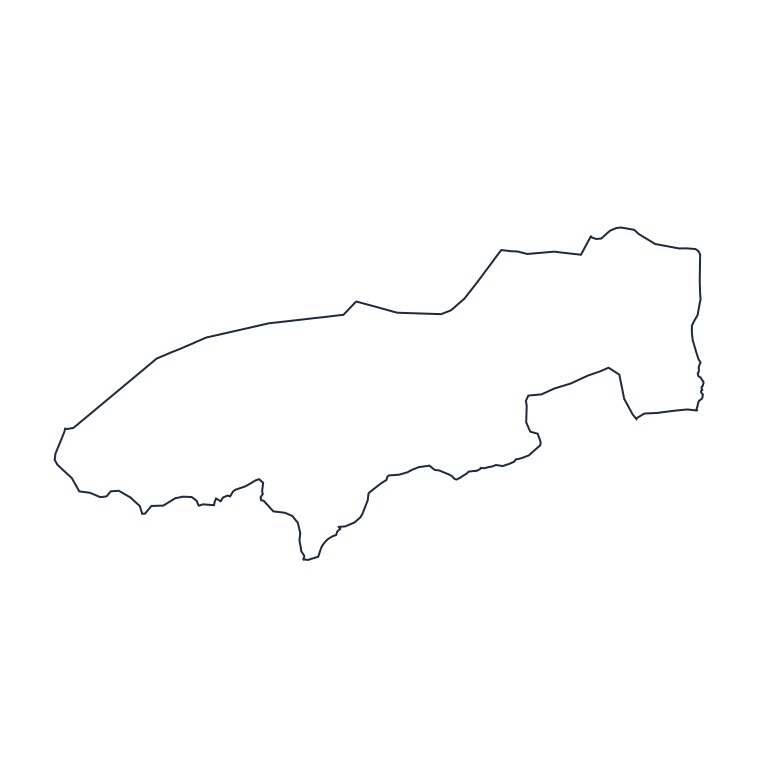 Maqbanah, Ta`izz, Yemen (Natural Earth projection), rotated 97°
{"feature_id": "15242507B87636717080649", "entity_name": "Maqbanah", "entity_type": "district", "adm_level": 2, "iso_a3": "YEM", "parent_name": "Yemen", "parent_adm1": "Ta`izz", "projection": "natural_earth1", "projection_center": [43.703, 13.621], "detail": "fine", "context": "isolated", "style": "outline", "palette": "slate", "viewbox_px": 768, "rotation_deg": 97, "n_neighbors": 0, "source": "geoboundaries", "source_scale": "gbopen_adm2", "svg_char_len": 5481}
<svg xmlns="http://www.w3.org/2000/svg" viewBox="0 0 768 768"><g transform="rotate(97 384 384)"><path d="M372.0,70.1L370.5,70.7L369.4,70.5L368.5,70.2L367.3,70.1L366.2,70.1L364.3,69.8L363.1,69.6L362.3,69.2L361.3,68.1L360.5,67.5L359.8,66.7L359.1,66.4L358.0,66.3L356.6,66.2L355.7,66.2L355.1,66.7L354.5,67.6L353.6,68.2L352.9,68.2L352.3,68.4L352.0,68.4L351.7,68.1L351.2,67.4L350.3,67.7L349.6,68.2L348.9,68.4L348.2,68.3L347.5,67.6L346.9,67.4L346.0,67.4L345.1,67.2L344.6,67.0L343.8,67.1L343.0,67.2L342.4,67.4L342.0,68.1L341.3,68.6L340.4,69.5L339.1,70.4L338.7,71.3L338.3,72.2L337.9,72.9L336.4,73.6L335.2,73.8L334.7,73.8L334.2,73.2L333.4,73.1L332.0,73.1L330.8,73.3L329.5,73.6L328.4,73.6L327.1,73.3L325.9,73.0L325.0,72.6L324.1,72.5L320.8,75.0L313.0,78.6L311.9,79.0L302.7,83.0L302.1,83.1L299.7,83.7L295.5,84.7L289.7,85.4L288.6,85.5L284.1,84.0L279.3,82.0L277.1,81.1L267.3,80.6L261.5,80.1L255.5,81.3L242.4,83.3L216.9,86.0L213.8,88.1L212.1,91.3L212.5,100.5L213.5,107.6L212.8,118.7L212.0,131.9L211.8,132.3L205.2,147.0L204.1,149.4L200.5,154.4L200.0,163.1L199.8,167.8L200.9,172.4L203.4,176.8L204.2,178.2L206.9,180.7L210.4,183.7L213.2,186.1L214.2,191.3L213.0,196.3L211.6,196.5L214.6,197.6L222.5,200.7L229.2,203.3L231.7,204.3L231.8,215.7L231.9,224.4L231.9,231.3L237.5,257.7L236.2,267.6L236.6,272.7L236.7,272.9L236.7,276.0L236.7,276.7L236.7,278.4L236.8,284.0L244.4,288.4L250.3,291.7L261.3,298.0L269.1,302.4L282.5,310.4L287.2,313.2L288.9,314.3L289.6,314.7L302.7,326.5L306.9,334.3L307.0,334.5L307.7,335.9L308.2,341.1L308.4,343.5L309.0,350.2L310.0,361.3L311.0,372.5L311.6,379.3L311.6,379.7L311.4,381.0L310.9,384.8L310.4,387.9L307.8,405.5L306.7,413.3L306.7,413.7L306.5,414.6L305.7,420.3L305.6,420.7L305.5,421.3L305.9,422.0L320.3,432.7L321.4,437.5L325.3,453.4L326.7,459.5L327.1,461.2L327.7,463.6L329.2,469.8L334.1,490.2L337.8,505.8L338.2,506.8L349.9,539.3L359.5,566.0L365.4,576.1L365.7,576.5L368.0,580.4L370.7,585.1L373.5,589.8L378.7,599.3L386.5,612.8L398.6,624.1L451.4,673.7L465.5,687.0L465.8,688.1L466.5,690.4L466.7,691.0L467.3,693.0L467.3,693.4L467.1,695.0L470.3,695.4L478.2,697.5L493.5,701.7L498.1,701.5L498.9,701.7L499.2,701.8L503.9,698.3L506.6,694.7L512.4,686.6L512.6,686.3L515.4,682.4L527.7,673.4L527.8,662.5L530.9,651.8L530.8,651.6L530.0,648.2L529.3,645.6L523.8,642.1L522.3,634.2L524.6,628.8L527.6,621.6L527.8,621.5L534.9,611.5L542.3,608.2L541.8,605.4L533.4,600.0L531.6,588.2L522.8,577.3L520.5,570.1L520.4,570.1L520.0,565.8L519.7,561.6L519.6,561.2L520.4,559.7L521.3,558.2L522.2,556.7L522.3,556.5L522.7,555.8L524.4,554.8L526.7,553.5L527.3,553.1L527.0,552.2L525.5,548.9L525.0,537.9L521.4,537.7L518.1,536.7L518.3,536.3L520.3,531.8L519.7,531.5L517.8,530.7L517.0,530.3L516.4,530.0L516.2,529.8L514.7,527.2L513.8,525.6L514.3,523.0L509.4,520.9L508.6,520.2L507.0,518.5L502.7,509.6L502.3,508.8L502.1,508.6L498.7,504.0L497.9,503.0L495.3,499.7L494.7,498.4L493.7,496.4L494.9,494.7L496.8,491.9L500.3,491.9L505.3,491.9L508.1,490.9L511.5,492.7L514.3,491.7L514.6,489.2L523.9,478.3L523.9,475.7L523.9,474.1L523.9,468.1L523.9,466.8L523.9,466.7L524.4,464.9L526.2,458.8L528.2,456.8L528.5,456.5L530.3,454.7L532.3,452.6L533.3,452.2L536.4,451.1L542.4,448.9L543.6,448.9L545.9,448.9L548.5,448.9L549.4,448.9L552.4,448.0L557.5,446.3L558.0,446.2L560.2,445.7L562.2,443.9L562.9,443.4L564.0,442.3L564.9,442.1L565.3,442.1L566.3,442.5L566.5,442.6L566.9,442.6L567.8,442.6L568.2,442.1L568.1,441.9L567.8,441.5L567.9,439.1L567.8,437.3L567.3,436.9L566.3,434.6L563.5,428.3L563.2,428.2L559.9,427.5L558.6,427.3L558.2,427.2L555.7,426.7L555.2,426.6L553.8,426.2L551.8,425.5L547.9,423.2L544.8,420.8L541.6,416.8L539.7,413.1L536.1,412.4L533.1,409.7L532.7,410.0L531.8,411.1L531.3,411.4L530.1,405.2L527.2,400.2L525.0,396.3L519.3,391.3L516.0,389.7L510.8,388.4L502.7,386.3L502.4,386.3L501.4,386.0L494.6,386.0L493.4,385.2L492.8,384.7L486.8,378.7L484.9,376.8L484.4,376.3L483.8,375.8L483.2,375.1L480.9,372.3L479.0,369.9L475.8,369.4L474.2,368.1L472.2,358.1L472.0,357.5L471.9,357.3L468.7,349.8L468.6,349.7L467.5,348.2L465.8,345.7L465.5,345.3L462.3,339.4L459.5,328.9L463.1,323.2L463.1,318.7L463.7,316.4L464.0,315.5L465.1,311.4L465.7,309.1L466.0,308.2L466.5,306.8L467.0,305.6L469.1,303.0L469.4,302.8L470.0,300.7L470.0,300.4L468.2,297.7L468.0,297.4L467.5,296.7L465.8,294.8L465.5,294.4L464.9,293.7L463.9,292.3L463.0,291.2L462.4,290.7L462.1,290.4L461.7,290.1L460.6,289.2L459.0,282.5L459.2,281.9L456.8,278.3L455.5,277.7L455.4,274.3L454.1,270.9L453.9,270.4L453.0,267.7L452.9,267.5L452.9,267.3L452.9,267.2L452.8,266.8L450.8,263.1L450.8,260.2L451.0,256.2L450.4,254.9L449.0,252.2L448.9,252.0L448.8,251.7L448.5,250.9L448.3,250.5L446.9,248.0L445.4,245.7L445.1,245.2L442.6,243.9L442.6,243.7L442.3,242.1L441.7,240.7L441.0,238.9L440.5,237.8L440.4,237.6L440.2,237.2L438.8,234.6L437.2,231.5L437.1,231.4L436.9,231.2L436.3,230.8L435.7,230.2L434.0,228.8L431.4,226.5L425.7,221.4L422.4,221.5L420.7,222.3L414.6,225.4L413.9,230.5L413.5,233.0L410.2,235.0L406.7,237.0L404.6,238.2L388.3,239.7L383.3,241.1L377.9,239.3L375.1,226.4L368.3,215.3L367.6,214.1L364.4,206.9L362.2,202.0L360.8,198.8L359.7,197.1L358.7,195.4L353.3,186.7L350.6,182.3L346.0,172.8L345.0,170.8L343.5,168.3L340.5,163.2L340.7,162.6L346.0,151.6L355.3,148.5L359.4,147.1L369.5,143.8L369.6,143.7L383.9,133.5L384.7,132.7L388.1,129.1L386.6,128.5L384.0,125.0L382.7,123.4L381.6,121.9L379.6,110.4L379.4,109.1L379.2,108.3L377.9,103.6L377.6,102.2L377.3,101.1L377.2,100.7L377.0,99.8L376.7,98.9L375.6,94.4L374.7,90.7L373.4,84.8L372.3,79.8L372.2,73.1L372.2,70.8L372.0,70.1Z" fill="none" stroke="#1e293b" stroke-width="2"/></g></svg>